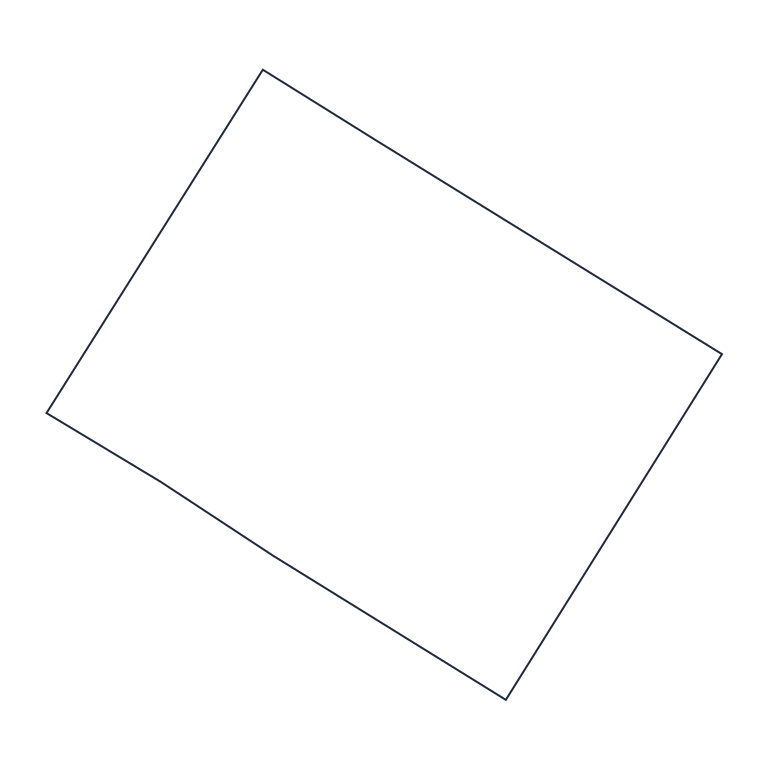 Jefferson, Iowa, United States of America (orthographic projection), rotated 212°
{"feature_id": "52423323B65380617817851", "entity_name": "Jefferson", "entity_type": "district", "adm_level": 2, "iso_a3": "USA", "parent_name": "United States of America", "parent_adm1": "Iowa", "projection": "orthographic", "projection_center": [-91.948, 41.032], "detail": "fine", "context": "isolated", "style": "outline", "palette": "slate", "viewbox_px": 768, "rotation_deg": 212, "n_neighbors": 0, "source": "geoboundaries", "source_scale": "gbopen_adm2", "svg_char_len": 262}
<svg xmlns="http://www.w3.org/2000/svg" viewBox="0 0 768 768"><g transform="rotate(212 384 384)"><path d="M113.3,180.7L113.2,588.4L519.0,586.4L653.3,586.3L654.8,180.5L521.4,182.7L386.9,179.6L113.3,180.7Z" fill="none" stroke="#1e293b" stroke-width="2"/></g></svg>